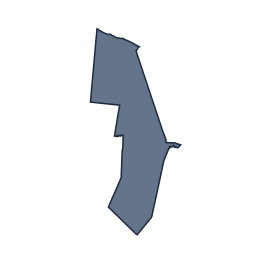 the district of Bom Jesus, Piauí, Brazil, rotated 71°
{"feature_id": "56859067B33119393246382", "entity_name": "Bom Jesus", "entity_type": "district", "adm_level": 2, "iso_a3": "BRA", "parent_name": "Brazil", "parent_adm1": "Piauí", "projection": "orthographic", "projection_center": [-44.755, -9.265], "detail": "fine", "context": "isolated", "style": "filled", "palette": "slate", "viewbox_px": 256, "rotation_deg": 71, "n_neighbors": 0, "source": "geoboundaries", "source_scale": "gbopen_adm2", "svg_char_len": 2124}
<svg xmlns="http://www.w3.org/2000/svg" viewBox="0 0 256 256"><g transform="rotate(71 128 128)"><path d="M24.1,125.0L50.9,137.0L68.1,144.7L70.8,145.9L91.3,155.1L103.7,128.5L131.3,143.5L131.5,143.0L131.8,142.1L132.3,141.6L132.0,141.2L132.5,140.8L132.3,140.2L132.6,139.9L131.9,139.7L132.4,138.9L133.0,138.1L132.6,138.0L132.3,137.5L132.6,137.2L133.0,137.0L133.1,136.5L133.2,135.5L133.2,135.0L135.2,135.7L144.1,139.0L149.0,141.5L162.9,146.8L166.9,148.4L172.7,150.6L185.0,161.8L190.0,166.5L196.4,172.3L212.5,164.2L231.3,154.7L231.6,154.3L231.9,154.0L227.2,146.4L221.6,137.3L220.0,134.7L189.1,115.9L188.6,115.6L175.6,107.8L170.1,104.4L160.8,96.2L160.1,95.3L159.8,95.0L159.7,94.5L159.4,94.8L159.1,93.9L159.5,93.5L159.9,93.8L159.6,93.0L159.8,92.2L160.1,92.5L160.3,92.1L159.9,91.7L159.8,90.9L159.4,90.5L159.9,90.1L160.4,89.7L160.7,90.0L161.2,90.3L161.6,89.7L161.9,89.2L162.3,88.8L162.3,88.4L162.3,88.0L162.5,87.4L162.9,87.2L161.1,83.7L157.1,89.0L155.5,93.4L154.8,95.3L154.0,97.0L153.5,96.9L153.1,96.5L152.5,96.1L151.6,95.9L150.6,95.9L150.0,96.1L149.4,96.1L148.9,96.1L148.5,96.0L148.1,95.9L147.5,96.0L146.6,95.9L145.4,96.1L144.6,96.1L144.1,96.2L115.9,95.9L104.7,95.8L103.0,95.8L94.0,95.7L57.9,95.3L57.5,95.0L57.0,94.3L56.5,93.4L56.0,92.9L55.4,92.5L55.0,92.0L54.9,91.4L54.9,90.9L54.6,91.2L54.2,91.4L53.9,91.6L53.6,92.1L52.9,92.8L52.3,93.1L52.1,93.8L51.4,94.1L51.2,94.5L50.8,94.8L50.2,95.1L49.8,95.8L48.8,96.1L48.5,96.4L48.3,96.8L48.0,97.2L47.6,97.5L47.4,97.9L47.1,98.4L46.4,98.6L46.0,99.2L45.5,99.7L44.8,100.4L44.5,100.7L44.2,101.3L43.8,101.9L43.2,102.4L42.8,102.5L42.6,103.1L42.2,103.3L41.7,103.4L41.7,103.8L41.3,104.6L41.3,105.1L41.1,105.4L40.8,106.1L40.4,106.3L40.1,107.0L40.2,107.5L39.7,108.3L39.3,108.6L38.8,109.5L38.4,109.8L38.2,110.3L37.5,110.8L37.1,111.4L36.6,111.4L36.1,112.0L35.8,112.5L35.2,113.0L34.9,113.3L33.7,114.0L33.6,114.6L33.3,115.3L33.2,115.8L32.8,116.4L32.5,117.1L32.2,117.4L31.8,118.0L31.5,118.3L31.3,118.8L30.7,119.3L30.3,119.6L28.9,120.9L28.5,121.4L28.0,121.8L27.4,122.2L26.7,122.8L26.4,123.3L25.8,123.6L25.2,124.1L24.9,124.4L24.5,124.5L24.1,125.0Z" fill="#64748b" stroke="#1e293b" stroke-width="1.5"/></g></svg>